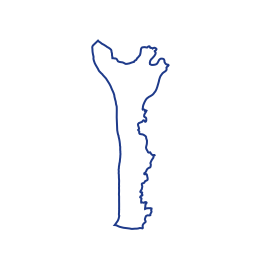 Lvea Aem, Kândal, Cambodia, rotated 50°
{"feature_id": "14789045B58645721856410", "entity_name": "Lvea Aem", "entity_type": "district", "adm_level": 2, "iso_a3": "KHM", "parent_name": "Cambodia", "parent_adm1": "Kândal", "projection": "natural_earth1", "projection_center": [105.137, 11.518], "detail": "fine", "context": "isolated", "style": "outline", "palette": "blue", "viewbox_px": 256, "rotation_deg": 50, "n_neighbors": 0, "source": "geoboundaries", "source_scale": "gbopen_adm2", "svg_char_len": 5845}
<svg xmlns="http://www.w3.org/2000/svg" viewBox="0 0 256 256"><g transform="rotate(50 128 128)"><path d="M193.8,200.6L194.5,199.9L195.8,199.1L197.0,198.6L198.3,197.9L200.0,196.7L201.6,195.5L206.1,191.3L207.4,190.3L208.2,189.4L208.8,188.5L209.8,187.1L210.7,186.0L211.5,184.8L212.1,183.4L212.9,182.5L213.5,182.0L214.2,181.4L214.1,180.9L212.5,179.8L212.0,179.3L211.6,178.5L211.3,177.4L211.3,175.3L211.2,174.8L210.6,174.4L209.8,174.2L209.0,173.9L208.5,173.4L207.5,171.8L207.1,171.0L207.1,170.3L207.5,169.1L208.4,168.2L209.0,167.4L209.1,166.9L208.4,166.3L208.1,165.7L207.7,164.7L207.5,164.2L207.1,163.7L206.9,163.5L206.4,163.4L205.7,163.0L205.2,162.0L204.8,161.7L204.5,161.9L204.1,162.1L203.7,162.5L202.8,163.6L202.3,164.2L202.1,164.6L201.6,165.2L201.3,165.7L201.2,166.4L201.0,167.0L200.7,166.8L200.3,166.3L199.7,165.7L199.3,165.2L198.1,164.1L197.6,163.3L197.6,162.6L197.4,162.2L197.2,161.8L196.7,161.7L196.2,162.0L195.7,162.7L195.6,163.5L195.3,164.1L194.2,164.9L193.9,165.4L193.7,165.8L193.4,165.7L192.4,164.9L192.0,164.5L191.5,164.1L191.1,163.4L190.9,163.1L190.3,162.9L189.2,163.2L188.9,163.2L188.6,162.8L188.4,162.2L188.5,161.7L188.8,160.6L188.8,160.3L188.6,160.0L188.1,159.9L187.6,160.0L187.3,159.9L186.8,158.8L186.3,158.7L186.1,158.9L185.6,159.3L185.1,159.6L184.8,159.6L184.5,159.2L184.0,157.6L183.8,156.9L183.5,156.5L182.3,155.0L181.8,154.5L180.4,153.9L179.7,153.3L179.6,152.8L179.7,152.4L180.3,151.4L180.3,150.9L180.3,150.5L179.8,149.4L179.8,148.8L180.2,147.5L180.2,147.0L180.3,146.6L180.0,146.0L179.6,145.6L179.1,145.3L178.5,144.9L177.8,144.6L176.6,143.9L176.0,143.6L175.4,143.5L175.1,143.6L174.5,144.7L174.0,145.1L173.6,145.1L173.3,144.8L173.1,144.4L173.3,143.7L173.2,143.3L173.1,142.8L172.7,141.7L172.2,140.8L171.8,139.4L171.8,138.8L171.9,138.2L172.0,137.4L172.2,137.0L172.4,136.2L171.9,135.3L171.1,134.4L170.5,133.9L169.4,133.5L169.1,133.1L168.0,130.9L167.7,130.0L167.1,127.8L166.7,127.2L166.2,126.8L165.9,126.4L165.8,126.1L166.0,125.2L165.7,125.1L165.4,125.4L164.7,126.5L163.5,126.9L162.7,126.9L161.8,126.8L161.3,126.7L160.8,126.7L160.4,127.7L159.9,128.1L159.3,128.2L158.8,128.0L158.5,127.9L156.1,127.5L155.4,127.2L154.7,126.9L153.9,126.0L152.7,124.3L151.8,123.3L150.6,122.2L149.9,121.6L148.7,121.1L147.4,120.6L146.5,119.9L145.5,119.8L143.6,120.3L142.3,120.9L141.7,121.5L141.3,121.8L140.3,122.7L139.6,122.8L138.8,122.5L138.4,122.0L137.9,121.6L137.1,121.5L136.6,121.6L136.0,121.5L135.9,120.7L135.8,120.1L135.0,119.6L134.3,119.3L133.2,118.9L132.5,118.6L131.5,117.9L131.3,117.0L131.2,116.6L131.6,115.4L132.0,114.2L132.3,113.4L132.3,113.0L132.0,112.1L132.0,111.3L132.4,110.9L133.0,110.8L134.1,110.9L134.4,110.7L134.5,110.1L134.1,109.3L133.2,108.5L132.2,107.8L131.3,107.7L130.3,108.2L129.5,108.2L129.1,107.9L128.3,107.0L127.6,105.3L127.2,104.0L126.6,102.7L126.0,103.0L126.1,103.5L126.0,104.2L125.7,104.2L125.3,103.8L125.0,103.6L124.5,103.8L123.9,103.9L123.4,104.3L123.3,104.8L122.9,104.7L122.1,103.7L121.5,103.0L121.1,102.7L120.2,101.4L119.0,99.1L118.0,96.7L117.5,94.8L117.6,92.1L118.0,90.2L118.3,87.9L118.1,86.0L117.8,85.1L117.6,83.7L117.2,82.7L116.6,81.3L115.3,79.1L114.5,77.9L113.3,76.1L112.2,74.5L111.1,73.1L110.2,71.7L109.5,70.5L109.0,69.3L108.3,66.5L108.3,65.1L108.5,63.2L108.5,62.1L108.2,61.1L107.6,60.5L106.4,59.7L106.2,58.6L106.3,58.1L106.2,57.3L106.0,56.6L105.7,56.5L105.1,56.7L104.3,57.5L103.5,57.8L102.5,57.9L100.9,57.6L99.8,56.8L98.8,56.4L98.2,56.4L97.5,56.7L96.6,57.5L96.0,58.3L95.8,59.2L95.8,59.6L95.9,60.6L96.6,62.1L97.2,63.7L97.4,64.9L97.1,66.0L96.6,67.0L95.7,68.4L94.8,69.4L94.2,69.7L93.2,70.1L92.1,69.4L90.9,67.9L90.3,66.3L90.2,64.6L90.1,64.1L89.8,61.8L89.3,60.2L88.9,59.3L88.2,58.5L87.6,58.3L86.6,58.3L86.2,58.0L86.3,57.4L86.3,56.5L86.0,55.6L85.7,55.4L85.0,55.5L84.7,55.5L84.3,55.7L83.7,56.0L83.3,56.5L83.2,56.9L82.9,57.5L82.8,57.8L82.9,58.1L82.1,58.3L81.6,58.6L81.3,59.1L80.8,59.4L80.1,59.3L79.6,59.0L79.2,59.1L78.7,59.8L78.6,60.5L78.7,61.2L78.6,61.7L76.8,63.2L76.2,64.0L75.5,65.1L75.3,65.8L75.6,66.8L76.4,67.9L77.6,69.1L78.1,69.7L78.9,70.6L79.0,70.9L79.5,71.4L79.8,71.9L80.1,73.4L80.4,75.1L80.4,75.9L80.6,76.8L80.9,77.2L81.0,77.5L81.1,78.1L80.8,79.3L80.8,80.0L81.1,80.5L81.2,81.1L80.7,81.9L80.0,83.7L79.4,85.4L78.3,87.4L77.5,88.5L76.5,89.0L75.1,89.5L74.1,90.1L72.8,91.3L71.7,92.2L70.5,92.8L69.3,92.6L68.4,92.4L67.8,92.4L67.2,92.6L66.8,92.8L66.3,93.4L65.3,94.2L64.5,95.1L64.0,94.8L63.4,94.2L62.3,93.7L60.5,92.3L59.1,91.7L58.1,91.0L57.3,90.7L55.9,90.8L54.0,91.3L52.5,91.9L51.2,92.2L49.6,92.7L48.4,93.1L47.0,93.7L46.4,93.9L44.7,94.2L43.9,94.5L42.7,94.8L41.8,94.8L42.2,101.0L42.3,101.9L42.6,102.7L42.8,103.0L43.2,103.5L43.6,103.8L44.5,104.4L45.8,105.4L46.9,106.2L48.9,107.4L50.1,108.0L51.4,108.7L52.8,110.0L54.6,110.9L57.0,111.8L59.3,112.3L63.5,113.0L65.0,113.4L65.9,113.5L66.6,113.5L67.1,113.4L68.0,113.4L68.9,113.3L69.7,113.2L70.4,113.1L71.1,113.2L76.0,113.0L77.2,113.2L78.3,113.3L79.6,113.5L81.9,113.8L84.7,114.4L86.9,115.1L89.2,115.8L89.8,115.9L90.7,116.2L91.5,116.4L93.8,117.3L94.3,117.6L95.2,118.2L98.0,119.6L99.8,120.4L102.0,121.8L104.2,122.8L105.5,123.8L107.1,125.1L112.7,129.9L122.8,137.7L125.4,139.2L126.8,139.9L127.8,140.2L128.2,140.4L128.6,140.8L129.3,141.1L130.7,141.8L132.8,143.0L135.1,144.5L136.1,145.3L137.5,146.1L138.3,146.8L139.0,147.4L140.1,148.3L140.9,148.8L141.7,149.5L143.1,150.5L144.5,151.9L145.3,152.6L146.8,154.2L147.8,155.2L148.5,155.9L149.2,156.8L149.8,157.6L150.6,158.4L151.6,159.6L152.2,160.2L153.2,161.1L153.6,161.7L154.4,162.3L155.5,163.1L156.6,164.2L157.6,164.8L159.0,165.9L160.2,166.9L161.6,167.9L162.8,168.8L165.6,171.3L166.7,172.1L168.1,173.4L169.4,174.4L170.5,175.3L171.5,176.2L172.9,177.5L174.7,178.8L176.7,180.5L178.5,182.0L180.2,183.4L182.6,185.4L184.1,186.7L184.9,187.3L185.8,188.2L186.6,188.8L187.1,189.3L188.0,190.2L188.9,190.9L189.6,191.1L190.3,192.0L191.2,193.1L192.0,194.4L192.6,195.8L193.0,197.4L193.6,199.6L193.8,200.6Z" fill="none" stroke="#1e3a8a" stroke-width="2"/></g></svg>